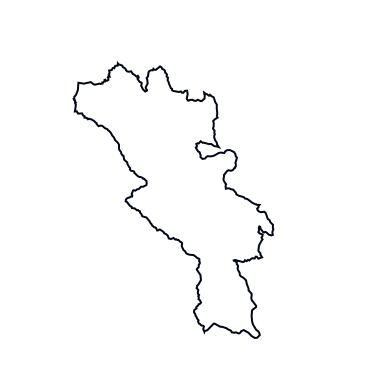 Huancabamba, Piura, Peru (Natural Earth projection), rotated 143°
{"feature_id": "86281439B18343164378490", "entity_name": "Huancabamba", "entity_type": "district", "adm_level": 2, "iso_a3": "PER", "parent_name": "Peru", "parent_adm1": "Piura", "projection": "natural_earth1", "projection_center": [-79.499, -5.401], "detail": "fine", "context": "isolated", "style": "outline", "palette": "ink", "viewbox_px": 384, "rotation_deg": 143, "n_neighbors": 0, "source": "geoboundaries", "source_scale": "gbopen_adm2", "svg_char_len": 6096}
<svg xmlns="http://www.w3.org/2000/svg" viewBox="0 0 384 384"><g transform="rotate(143 192 192)"><path d="M164.2,111.6L163.9,113.9L162.4,114.3L161.2,115.5L163.0,118.4L163.1,120.1L161.9,120.7L159.9,123.5L159.0,124.0L158.5,123.1L159.4,121.4L159.3,116.9L158.9,116.3L157.5,116.1L156.8,114.6L156.3,111.6L154.6,109.5L153.3,109.1L152.0,111.6L149.4,113.4L149.3,114.2L148.2,115.8L147.1,116.9L147.6,120.9L147.0,122.9L147.7,124.9L145.8,130.7L146.1,132.7L149.1,134.4L150.1,135.8L150.6,137.9L149.9,139.6L148.3,139.6L147.4,140.7L145.9,141.1L147.9,142.7L148.1,143.5L148.8,144.1L150.5,147.6L152.0,153.1L153.6,154.9L153.7,156.7L156.9,160.9L158.0,163.4L157.4,165.0L157.7,169.1L159.5,171.1L159.9,172.3L161.5,173.6L163.0,174.2L162.0,176.0L160.8,177.4L160.1,177.6L160.0,180.6L159.4,183.1L157.0,185.2L156.3,186.3L151.1,187.7L149.6,187.3L148.4,185.7L147.0,185.1L145.3,185.0L144.2,185.6L143.1,185.4L142.6,186.0L141.6,186.1L140.2,187.9L139.7,189.2L135.5,192.3L135.5,194.2L134.6,196.1L134.4,198.5L136.4,202.6L138.8,204.3L140.9,204.5L142.7,203.7L145.3,206.1L146.9,207.0L152.7,207.8L155.9,209.3L157.9,211.2L159.8,211.4L161.1,210.8L163.7,212.1L164.2,214.9L163.0,216.1L162.0,219.3L162.7,220.7L162.4,224.6L162.2,225.2L161.0,225.2L160.3,225.8L159.7,227.8L158.4,227.6L157.4,226.7L154.6,227.3L153.8,224.8L153.0,224.4L149.5,219.9L147.8,218.8L146.6,215.2L144.7,213.4L143.6,211.7L143.4,214.7L142.4,216.9L142.4,219.1L141.7,221.6L140.7,223.3L139.0,224.4L138.7,225.6L137.1,227.4L137.1,229.6L136.8,230.2L135.2,231.4L133.3,233.7L132.4,235.9L130.2,236.3L126.8,236.0L126.5,237.6L124.6,239.4L122.1,243.6L119.5,247.0L119.4,249.6L117.7,254.6L118.7,256.7L119.1,258.7L119.9,258.4L120.6,258.8L121.1,261.0L121.9,261.7L122.5,264.1L123.4,262.6L123.5,261.7L125.8,259.0L129.3,258.8L130.3,259.3L131.9,262.2L134.1,262.5L135.5,263.8L136.1,265.2L137.6,266.4L139.2,267.1L139.7,266.9L140.1,267.4L140.2,268.9L139.9,269.9L136.6,272.7L134.9,275.9L136.8,277.0L139.2,276.5L140.3,277.4L140.3,278.9L142.3,279.8L145.9,283.7L146.7,285.1L145.9,286.4L146.4,287.6L145.1,292.7L144.5,293.8L144.3,295.9L142.4,297.7L142.8,299.5L141.3,300.9L141.3,302.6L141.6,303.5L140.8,304.7L140.7,306.2L141.7,308.4L141.3,309.7L141.9,311.5L147.3,311.3L148.5,312.3L148.7,313.6L150.1,312.8L151.1,313.7L151.9,314.0L153.3,314.2L154.7,313.7L157.7,310.7L159.6,310.4L160.2,308.5L162.1,305.4L165.9,303.5L166.6,302.2L166.6,300.5L166.9,300.1L168.9,300.4L169.4,303.7L168.7,306.9L168.6,307.5L166.6,309.2L166.8,310.5L167.4,311.1L167.6,312.0L167.4,315.2L167.2,315.5L165.8,315.4L165.4,316.3L165.4,317.3L166.5,317.1L167.1,318.3L167.3,319.9L168.2,321.9L168.0,325.1L170.0,326.0L171.1,327.2L171.4,329.1L171.1,329.6L171.1,331.2L172.0,333.3L171.6,334.8L173.9,338.5L173.9,339.2L175.2,337.6L177.3,338.9L179.5,337.7L179.7,338.3L180.8,338.7L182.7,337.7L185.1,338.9L186.0,336.8L186.9,336.5L187.6,335.3L188.2,335.4L188.4,333.9L189.1,334.6L190.3,334.1L190.2,333.4L191.3,331.9L193.1,332.0L193.7,333.0L193.7,333.9L194.5,334.1L195.2,332.8L195.7,333.2L196.9,332.9L197.7,333.4L198.2,332.5L200.0,333.3L200.4,334.1L204.9,336.1L205.8,337.4L206.7,340.7L213.0,343.5L217.0,347.6L221.8,342.1L226.1,339.4L228.8,338.8L229.9,337.3L230.4,337.4L230.3,336.8L230.7,336.5L230.3,335.7L231.1,334.6L230.9,333.7L231.5,333.7L231.6,333.0L232.1,332.8L232.1,331.9L233.5,330.2L237.1,326.8L235.5,325.9L235.8,323.2L232.5,320.9L232.9,318.6L232.2,317.3L233.1,316.1L231.9,315.1L231.9,314.4L231.3,314.0L231.3,312.7L230.3,312.6L228.5,310.3L227.3,307.1L227.4,306.0L226.7,304.4L227.3,303.7L227.0,300.8L225.1,300.1L223.8,298.6L223.1,295.3L221.8,293.1L221.9,291.7L221.5,291.0L221.2,288.0L221.7,285.2L221.5,282.4L222.2,279.9L221.6,276.1L221.8,273.8L224.6,269.9L224.7,266.5L225.4,265.1L225.5,262.9L224.9,262.2L226.7,258.7L225.9,254.7L226.6,253.4L227.2,249.7L227.0,248.3L228.0,247.4L228.1,246.0L226.1,243.6L226.0,242.7L226.6,241.7L226.2,240.9L226.0,238.5L225.1,235.7L224.3,235.2L222.9,233.0L223.1,232.1L222.3,231.3L221.8,228.1L223.1,226.0L224.4,225.0L227.8,225.6L229.5,226.9L232.7,226.4L234.1,227.1L236.5,227.2L237.4,228.4L238.2,228.6L241.1,226.9L241.6,226.2L241.7,225.3L242.6,224.4L243.9,225.3L245.2,225.2L246.7,225.9L248.3,226.0L249.4,225.7L250.6,224.4L250.0,223.6L249.9,218.2L249.1,216.5L249.6,215.3L247.6,213.3L247.0,210.6L246.0,210.1L245.9,209.0L245.2,208.0L245.9,206.6L245.7,205.2L246.3,202.5L243.7,199.0L243.5,194.2L243.9,191.8L243.6,190.6L244.0,189.6L243.4,186.5L242.6,185.7L242.4,184.9L243.0,182.2L241.9,181.6L240.8,181.7L240.2,181.3L238.8,177.4L239.0,175.5L238.3,174.6L237.8,172.9L237.7,171.5L238.5,168.9L237.1,167.1L234.4,166.4L234.0,164.1L233.1,163.8L232.6,162.5L231.7,162.0L231.4,159.7L230.6,158.0L230.7,157.0L232.6,155.2L233.3,153.1L233.3,152.1L233.8,151.3L233.2,148.9L233.5,146.2L231.8,143.5L228.6,140.5L227.5,136.2L226.5,134.2L226.9,133.3L227.8,132.7L228.0,131.5L228.8,130.2L230.4,129.8L231.8,128.0L234.5,127.6L234.9,126.8L235.2,120.6L237.9,116.2L242.7,114.2L244.3,114.1L244.8,113.3L246.2,112.5L245.9,110.0L247.9,108.2L248.5,106.9L248.3,105.5L249.7,105.0L249.8,104.0L251.3,102.4L250.8,100.9L251.4,98.2L253.2,97.9L254.3,98.4L255.3,97.7L257.3,97.6L258.1,97.3L258.6,96.2L261.0,96.4L262.5,95.2L262.9,94.4L262.8,93.0L263.6,90.9L263.7,88.6L264.1,88.1L264.0,85.6L265.1,84.9L265.6,82.6L265.2,82.1L264.8,79.7L263.6,78.5L263.4,77.4L265.5,75.8L266.3,72.8L265.5,73.3L262.9,72.4L255.2,73.6L253.7,73.7L253.2,73.3L250.5,67.4L248.8,65.9L246.4,62.4L246.1,61.1L244.4,57.9L244.6,56.0L242.9,54.1L241.4,53.5L240.1,51.3L239.3,50.7L237.7,50.6L236.5,51.2L233.8,50.6L231.6,45.6L231.1,41.2L229.6,37.5L227.7,36.4L224.0,36.9L223.0,39.2L222.9,40.8L223.7,43.4L223.0,49.6L222.0,52.2L219.1,57.0L215.6,61.0L214.6,61.5L210.2,61.5L209.3,62.4L209.3,69.9L208.5,71.6L206.4,73.7L205.6,75.0L206.0,79.3L204.8,81.2L203.8,85.0L202.0,89.0L202.5,92.4L203.6,94.9L203.8,96.9L202.6,98.8L202.2,101.9L201.5,103.7L200.3,104.5L199.6,105.6L199.6,107.5L198.6,108.9L199.5,111.7L200.7,112.5L198.5,111.8L193.5,105.4L192.1,105.0L190.8,105.6L190.0,103.9L188.1,104.1L187.4,102.8L184.6,103.0L183.6,102.7L182.0,101.2L180.0,102.0L179.2,101.3L179.1,98.8L175.3,97.7L175.2,100.4L174.2,102.1L174.5,104.0L174.2,105.3L170.6,109.0L165.2,111.5L164.2,111.6Z" fill="none" stroke="#020617" stroke-width="2"/></g></svg>